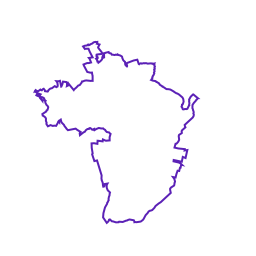 Pericei, Salaj, Romania (Albers equal-area conic projection), rotated 340°
{"feature_id": "2599482B97319558947930", "entity_name": "Pericei", "entity_type": "district", "adm_level": 2, "iso_a3": "ROU", "parent_name": "Romania", "parent_adm1": "Salaj", "projection": "albers", "projection_center": [22.87, 47.24], "detail": "fine", "context": "isolated", "style": "outline", "palette": "violet", "viewbox_px": 256, "rotation_deg": 340, "n_neighbors": 0, "source": "geoboundaries", "source_scale": "gbopen_adm2", "svg_char_len": 5689}
<svg xmlns="http://www.w3.org/2000/svg" viewBox="0 0 256 256"><g transform="rotate(340 128 128)"><path d="M192.4,140.3L193.7,139.2L194.3,138.2L194.5,137.7L194.4,136.7L195.0,136.0L195.3,134.7L195.2,133.7L195.4,132.4L195.3,131.4L196.5,128.4L198.5,126.9L201.0,125.6L201.5,125.1L202.6,124.7L203.5,123.9L203.9,124.0L200.9,118.8L200.6,118.7L197.7,120.0L195.2,122.1L195.0,122.5L195.1,122.9L194.5,123.9L194.2,125.7L193.3,127.2L193.3,127.7L192.8,127.9L190.4,130.2L189.7,130.3L187.9,129.6L186.8,129.6L186.0,129.2L185.8,128.5L186.0,127.4L185.6,126.6L185.6,126.2L186.4,125.4L186.7,124.6L187.1,124.7L187.8,124.2L189.3,122.2L189.8,119.8L189.8,119.2L189.6,117.9L187.4,114.0L186.2,112.5L185.3,111.9L184.5,110.8L183.9,110.2L183.6,109.5L181.0,106.4L179.4,105.4L177.6,104.7L176.8,103.8L176.0,102.5L174.6,101.0L174.7,100.7L174.2,100.3L174.0,99.9L172.6,98.1L172.5,97.5L172.6,97.2L172.1,96.1L171.4,95.5L171.0,94.8L170.4,94.5L170.0,93.4L167.4,91.9L166.2,90.8L166.8,90.5L167.0,90.1L167.6,89.9L168.1,89.3L168.1,88.7L168.6,88.3L168.8,87.9L169.1,87.8L169.5,87.3L170.4,86.8L170.7,86.3L171.4,85.6L171.4,84.6L172.4,83.8L172.5,83.3L172.4,82.7L172.6,81.9L173.4,81.6L173.5,80.3L174.3,79.5L174.3,79.2L174.1,78.7L174.6,77.3L174.6,76.7L174.9,76.4L174.4,76.3L173.9,76.7L173.6,76.7L173.4,76.2L173.1,75.8L172.6,75.8L172.1,75.3L171.0,74.9L168.6,74.3L167.1,73.2L165.7,72.9L165.2,72.5L162.9,72.2L162.3,71.6L160.9,71.6L160.3,71.9L160.0,71.5L160.1,67.0L156.5,66.5L149.0,66.6L148.5,68.1L148.4,69.4L148.1,69.8L147.9,69.7L147.1,67.6L147.8,64.8L147.0,63.4L146.7,62.5L146.6,60.2L146.8,59.1L146.6,58.5L145.3,57.0L143.3,55.7L143.3,55.3L142.6,55.5L141.8,54.9L140.5,54.9L138.4,53.7L137.8,53.5L137.6,52.3L137.3,51.9L136.2,51.4L135.8,50.8L135.8,50.0L132.6,49.6L131.6,49.6L131.6,49.8L130.9,49.9L129.7,53.5L128.8,53.5L129.3,51.6L129.0,51.6L127.9,53.0L127.6,54.0L126.8,54.8L124.8,55.8L122.5,56.5L122.4,54.9L122.0,54.9L122.2,52.7L121.8,52.5L121.7,52.0L123.1,52.2L123.4,52.0L123.6,51.6L123.6,50.6L123.0,50.5L122.9,50.0L123.4,48.5L123.6,48.3L124.8,48.5L128.6,49.4L130.1,49.5L130.2,49.3L129.2,48.9L129.1,47.4L127.5,42.7L127.5,41.9L127.7,41.7L129.8,39.8L127.6,38.2L128.2,37.7L128.6,36.6L127.5,36.4L127.0,36.0L125.8,35.8L124.8,35.8L123.4,36.4L122.0,36.4L120.3,36.8L119.6,36.8L119.5,36.1L119.1,35.9L117.6,36.4L115.5,35.9L113.7,36.0L114.5,39.0L115.2,39.0L118.0,40.0L118.1,43.1L118.9,49.5L115.2,48.8L115.6,49.9L115.7,53.8L113.5,53.6L111.9,53.0L107.9,53.1L107.9,54.2L108.9,61.4L111.5,63.1L113.1,63.6L112.7,65.5L112.6,66.8L110.9,71.6L109.7,71.1L109.3,71.1L105.0,69.0L103.3,68.7L101.6,68.8L100.8,68.5L99.8,69.6L98.7,70.2L98.3,70.6L97.4,71.1L95.7,71.1L93.3,72.3L90.6,73.3L90.0,73.8L87.6,66.9L86.8,67.5L84.9,67.7L85.5,66.7L85.8,65.4L86.8,65.1L86.9,64.9L86.6,64.8L85.9,63.8L82.8,62.2L81.4,64.3L79.5,66.3L79.4,66.3L79.6,64.8L80.2,60.4L78.5,60.3L76.7,59.5L77.0,60.4L77.0,61.8L76.9,62.7L76.7,63.0L76.6,63.8L76.0,64.9L74.6,65.1L74.0,64.2L73.5,63.6L70.1,64.6L68.7,64.4L67.7,64.6L65.8,65.5L65.5,66.0L65.0,66.3L62.6,65.0L62.8,64.1L62.2,62.3L61.2,62.4L59.9,63.1L59.4,62.8L58.8,61.9L56.9,62.5L56.2,62.7L54.8,61.8L54.2,60.8L53.1,61.5L52.8,61.9L53.1,61.9L55.0,64.5L57.4,66.5L56.0,67.5L55.0,66.6L54.0,65.2L53.1,65.9L53.9,66.8L55.5,68.0L55.6,69.8L56.2,71.2L56.8,73.1L56.9,72.8L56.9,72.4L56.8,71.8L56.3,70.7L56.0,69.1L56.8,69.1L58.2,69.9L59.2,71.2L59.3,71.4L59.0,71.7L59.2,72.5L58.9,72.8L58.8,73.0L59.3,73.3L59.1,73.8L59.8,74.3L59.3,74.8L59.0,76.0L59.3,78.4L60.0,79.8L60.2,81.1L59.9,81.6L58.6,83.4L57.5,83.6L57.2,83.9L56.9,84.5L52.3,85.6L52.1,87.2L52.6,87.6L53.7,89.3L54.0,90.0L54.1,91.2L53.3,93.2L53.3,95.4L52.8,96.0L52.7,96.6L53.3,99.0L56.2,98.8L58.0,100.3L59.6,100.6L61.2,101.4L63.7,99.3L64.6,98.2L65.1,97.9L65.4,98.9L65.8,97.8L66.0,97.6L67.7,97.1L67.5,98.9L67.5,100.1L68.9,103.2L69.0,104.5L69.8,106.8L69.9,107.5L70.8,109.5L78.6,110.7L79.5,112.2L82.1,115.5L80.8,116.4L80.4,118.3L84.6,116.9L86.3,116.7L87.5,115.7L89.5,115.1L91.1,115.5L91.5,115.0L92.0,115.0L92.7,115.3L93.8,117.4L95.8,117.3L95.5,118.0L95.4,118.4L95.5,118.6L98.0,118.1L100.6,118.0L102.7,119.3L104.5,119.9L104.6,120.3L105.1,121.0L105.9,122.0L106.0,122.9L106.7,124.5L108.8,125.8L109.1,126.9L109.6,127.6L107.6,130.3L106.5,133.4L102.9,132.4L102.4,132.0L100.5,130.2L99.6,131.9L95.6,129.8L95.4,130.0L95.0,129.7L93.8,132.4L90.9,130.7L88.5,130.0L87.1,134.4L86.1,139.8L85.3,140.4L85.1,147.6L87.8,147.9L87.0,163.5L85.7,166.6L85.6,167.7L85.4,168.2L85.5,169.1L85.5,170.9L84.8,173.6L84.7,174.7L85.5,174.8L86.1,174.4L87.0,172.7L89.7,173.2L88.5,174.3L87.6,176.7L87.6,179.2L87.9,180.2L88.9,182.0L89.0,182.6L88.4,183.2L87.6,185.0L86.5,186.2L85.5,187.9L85.3,188.5L85.2,189.2L84.8,189.4L83.8,190.6L83.0,191.0L82.5,192.0L79.2,194.8L75.8,199.6L74.0,203.5L75.6,209.9L77.3,209.2L78.8,208.1L78.9,207.7L79.7,207.7L81.0,210.2L81.9,210.6L84.5,212.6L86.8,213.3L86.9,213.1L87.6,213.0L90.9,214.5L94.4,214.4L95.6,214.6L96.7,214.4L98.2,214.5L101.9,216.7L102.0,218.0L101.8,218.7L102.5,218.8L103.7,219.4L107.5,220.2L108.3,220.2L110.7,219.4L111.7,218.7L114.8,215.9L117.4,214.6L118.8,213.5L120.3,213.2L121.0,213.4L122.7,213.4L125.4,212.1L127.2,210.7L131.1,209.4L133.4,208.9L146.0,203.6L146.4,200.6L146.8,199.5L147.9,198.7L151.7,197.8L152.2,197.0L153.1,195.3L153.7,194.7L153.9,194.3L154.1,191.6L153.5,189.5L155.8,190.8L157.7,187.9L160.0,185.1L161.4,185.9L163.1,183.3L163.3,183.1L163.8,183.3L165.4,180.7L166.2,181.2L165.5,179.8L164.8,178.7L163.9,177.8L159.4,174.9L160.0,173.7L167.0,178.1L169.6,173.9L171.8,175.9L176.2,169.0L173.5,168.5L174.1,167.6L174.2,167.3L168.2,164.4L165.0,162.3L165.7,161.3L167.3,159.1L168.0,159.3L168.7,159.1L170.6,158.0L172.0,156.6L172.1,156.4L172.9,152.9L173.7,151.9L176.8,151.2L177.0,150.8L177.3,149.3L178.1,148.6L182.2,147.0L182.1,145.9L182.3,144.5L192.4,140.3Z" fill="none" stroke="#5b21b6" stroke-width="2"/></g></svg>